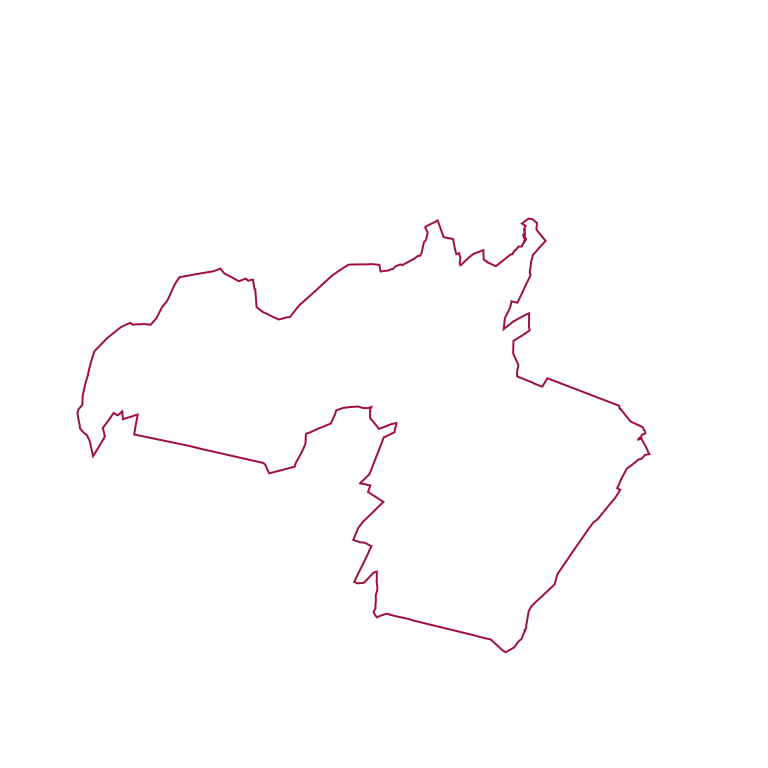 the district of Vidrižu pag., Limbaži, Latvia, rotated 123°
{"feature_id": "27541924B82277594032017", "entity_name": "Vidrižu pag.", "entity_type": "district", "adm_level": 2, "iso_a3": "LVA", "parent_name": "Latvia", "parent_adm1": "Limbaži", "projection": "equal_earth", "projection_center": [24.641, 57.308], "detail": "fine", "context": "isolated", "style": "outline", "palette": "rose", "viewbox_px": 768, "rotation_deg": 123, "n_neighbors": 0, "source": "geoboundaries", "source_scale": "gbopen_adm2", "svg_char_len": 6034}
<svg xmlns="http://www.w3.org/2000/svg" viewBox="0 0 768 768"><g transform="rotate(123 384 384)"><path d="M344.1,128.2L344.4,131.8L341.3,132.0L336.1,133.1L322.7,134.3L319.3,132.9L319.2,132.8L318.6,132.6L309.1,129.5L308.9,129.6L306.4,127.3L301.2,126.4L298.3,123.3L297.3,125.1L294.2,129.7L290.3,137.3L289.4,138.3L292.1,140.4L291.7,140.7L291.1,140.7L289.8,140.3L288.8,139.7L288.6,139.4L287.5,139.6L287.2,139.7L286.8,140.1L286.5,140.1L285.9,139.9L285.1,139.4L283.8,138.1L283.3,138.0L282.8,138.2L281.9,139.3L281.4,139.5L281.0,140.4L281.1,140.7L279.3,143.5L280.7,153.7L280.9,154.3L281.1,156.6L280.7,158.1L275.8,173.0L276.1,173.1L274.2,175.0L289.7,247.8L290.3,250.1L299.9,249.8L300.2,250.3L301.8,258.0L302.0,258.3L301.7,259.0L304.4,272.9L304.6,273.4L304.9,275.8L305.1,276.4L302.1,278.6L294.8,281.7L288.1,292.3L277.3,298.9L265.6,293.4L259.6,291.1L257.1,293.6L255.2,294.8L249.7,298.2L249.5,298.4L245.6,300.8L249.5,303.3L253.0,305.2L257.7,307.8L260.8,309.3L260.8,309.5L272.8,313.5L262.9,318.5L253.4,319.5L251.5,319.9L249.8,320.3L249.7,320.4L245.2,322.1L243.2,316.4L240.3,316.8L235.5,317.3L229.8,318.1L225.0,318.9L213.7,320.2L212.9,320.4L210.7,322.8L206.8,324.5L203.3,326.2L200.0,327.7L198.1,328.1L194.8,329.4L194.5,329.4L189.5,328.6L188.9,328.4L188.8,328.5L185.7,328.1L176.0,326.4L171.6,340.0L170.9,340.6L165.5,343.5L165.6,344.0L165.1,347.5L165.0,349.2L166.5,352.9L174.3,355.7L174.3,351.2L174.7,351.2L176.1,351.3L177.0,350.6L177.6,350.9L178.9,350.0L178.5,349.5L180.1,348.8L180.1,348.4L181.2,348.2L181.5,348.3L182.5,348.2L183.4,348.4L183.6,348.0L182.8,347.4L182.1,347.3L182.0,347.2L183.2,346.8L183.7,346.6L184.4,346.8L185.1,346.5L185.0,346.0L185.2,345.5L184.1,345.7L184.4,345.3L185.1,345.2L185.4,344.6L185.0,343.9L185.7,343.6L187.4,343.8L187.2,344.3L188.1,344.2L188.8,343.9L189.1,343.4L189.9,343.8L190.9,343.6L191.7,343.8L192.0,343.8L193.2,343.4L193.9,343.5L194.3,344.3L195.2,345.5L195.5,346.1L196.2,346.0L197.0,346.3L197.2,346.2L199.3,346.4L199.7,346.7L200.3,346.6L200.6,346.8L200.7,347.0L201.5,347.3L202.2,347.0L202.7,347.2L203.4,347.2L203.7,347.1L204.3,347.2L204.9,346.8L205.3,347.0L206.1,348.2L215.1,351.2L224.3,354.4L225.6,363.5L225.6,364.5L225.3,364.5L225.3,368.2L217.6,373.6L226.0,379.7L230.0,381.2L232.4,381.9L241.9,384.1L242.2,384.6L242.8,384.8L241.5,386.2L240.6,386.8L236.4,388.7L234.7,390.9L233.3,392.2L235.7,394.1L231.5,398.7L224.8,405.0L226.7,409.8L228.3,414.1L223.7,420.0L217.6,428.1L220.3,429.5L225.4,432.5L229.7,434.9L230.7,434.2L233.1,429.9L233.7,429.6L240.4,427.3L243.5,427.7L253.1,424.0L256.0,423.6L256.9,423.6L257.8,425.0L258.1,425.3L262.5,426.9L274.5,433.5L274.6,435.1L274.7,435.3L275.0,435.6L279.1,438.4L279.5,438.6L282.2,439.0L283.0,439.4L283.2,439.5L283.8,440.6L285.7,441.5L286.9,442.8L288.9,445.1L291.5,448.2L286.6,452.8L289.5,458.4L291.5,461.7L291.9,461.8L294.3,465.4L295.9,468.1L296.6,469.0L302.3,477.5L303.3,478.7L310.5,482.1L321.3,486.6L348.9,493.7L364.0,497.9L369.6,498.5L378.9,499.3L380.7,501.3L381.2,501.9L383.1,503.7L387.1,507.2L387.8,511.0L388.2,513.6L389.1,521.9L389.6,524.1L389.4,527.4L388.9,532.7L388.3,533.2L374.7,543.6L374.8,543.8L374.9,544.1L374.8,544.4L374.6,544.6L370.5,548.3L370.0,548.8L367.9,550.6L367.8,550.8L367.9,551.0L370.6,553.5L371.4,554.1L371.5,554.5L371.1,555.9L370.8,556.8L370.8,557.1L371.1,557.5L376.4,561.3L376.7,561.6L376.8,561.7L378.0,576.0L378.4,576.8L378.2,577.7L378.0,579.0L377.3,581.1L376.4,584.1L382.3,588.4L394.1,601.3L397.2,604.5L405.8,613.7L413.8,613.8L419.7,613.0L431.4,611.2L434.9,611.4L440.3,612.0L452.9,610.7L458.3,611.5L461.3,611.9L464.8,618.6L465.7,619.6L466.8,621.0L467.2,621.8L469.9,625.8L471.1,626.9L471.0,630.2L475.8,633.3L478.6,635.0L479.2,635.5L496.1,641.1L514.0,644.7L521.1,642.9L527.6,640.9L528.1,640.7L528.3,640.5L529.8,640.2L536.6,637.7L537.8,637.1L539.8,636.6L545.6,634.9L557.3,630.6L558.2,630.2L565.7,625.6L571.4,626.4L572.1,626.4L575.1,625.4L575.5,625.1L580.1,620.9L584.4,616.7L586.9,614.6L587.0,614.0L588.1,610.3L588.9,605.0L589.2,604.5L592.1,599.8L592.5,599.4L593.2,598.6L603.0,588.7L600.0,588.8L595.9,588.8L580.4,589.4L580.1,589.5L575.9,593.8L575.2,594.6L574.3,595.9L566.7,595.4L565.8,595.3L560.9,595.1L556.8,595.1L555.6,595.0L555.5,593.8L555.4,590.5L555.3,590.3L555.0,590.2L552.8,589.4L550.3,588.8L549.3,588.8L549.3,588.7L553.0,586.0L555.7,583.8L553.0,581.6L549.0,578.1L544.9,575.0L543.8,573.9L555.7,569.0L562.4,566.0L542.2,514.1L540.5,509.3L537.7,501.2L515.9,442.0L516.6,439.1L519.2,435.4L521.4,431.6L501.9,413.8L500.3,414.5L498.0,415.0L487.9,415.7L483.5,416.2L479.0,416.9L477.2,417.3L475.4,418.2L469.6,421.6L468.0,422.3L465.1,419.8L458.7,415.7L457.6,415.1L446.0,407.0L439.6,408.1L436.8,408.4L432.1,409.7L426.3,405.2L421.6,399.7L416.8,393.1L415.8,389.1L414.0,385.8L412.1,383.4L410.3,382.1L413.3,381.5L420.2,377.1L422.0,370.8L424.4,363.8L418.6,359.5L413.6,355.9L410.0,352.4L412.3,351.1L414.8,350.7L418.8,348.8L419.5,349.4L427.4,354.1L428.9,355.2L429.1,355.1L441.8,352.3L449.7,350.8L460.0,348.6L467.7,347.1L479.8,349.9L480.3,349.9L476.5,340.2L483.3,338.6L483.2,320.3L503.8,324.9L511.0,326.6L518.6,327.2L528.6,325.4L531.5,324.8L529.7,317.6L528.2,315.0L527.4,312.6L526.9,306.1L531.8,305.7L533.7,305.2L537.7,304.7L550.2,303.1L552.0,303.0L566.1,301.2L565.7,297.9L565.5,297.5L565.1,297.0L561.9,292.8L561.4,292.5L560.7,292.3L558.4,291.9L552.6,290.9L547.7,289.9L545.3,287.9L546.7,287.0L547.4,286.4L554.0,282.3L558.8,278.3L560.8,277.4L564.2,276.2L564.7,276.2L566.1,275.6L570.3,272.7L575.2,270.2L576.3,269.1L580.8,268.6L582.5,266.1L582.9,265.0L583.4,263.3L583.4,262.7L583.1,262.7L580.5,260.9L575.3,256.8L574.8,255.5L574.3,253.7L574.1,253.6L574.3,253.4L572.3,247.6L569.1,239.2L567.7,235.5L566.6,231.1L545.7,171.5L543.6,164.8L541.6,159.2L540.1,155.4L542.6,140.7L542.9,136.1L542.5,135.8L534.3,131.5L526.7,131.0L521.9,129.6L522.1,129.7L519.1,130.8L515.5,131.1L514.4,131.1L514.3,132.0L511.4,131.7L509.0,133.2L495.7,138.9L490.1,139.3L484.6,138.1L476.0,135.9L464.3,133.1L459.1,131.8L449.0,135.0L425.3,134.4L424.0,134.5L398.1,133.6L394.9,133.6L385.8,133.0L381.2,131.2L360.4,129.0L355.7,128.4L353.8,128.1L344.1,128.2Z" fill="none" stroke="#9f1239" stroke-width="2"/></g></svg>